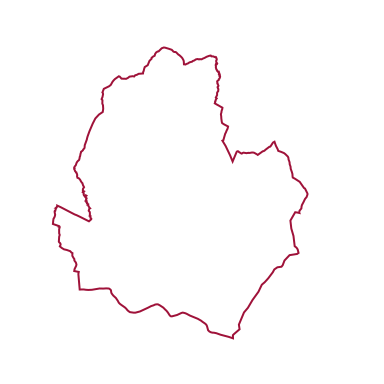 outline of Apata, Brasov, Romania, rotated 111°
{"feature_id": "2599482B72383256366849", "entity_name": "Apata", "entity_type": "district", "adm_level": 2, "iso_a3": "ROU", "parent_name": "Romania", "parent_adm1": "Brasov", "projection": "equal_earth", "projection_center": [25.479, 45.953], "detail": "fine", "context": "isolated", "style": "outline", "palette": "rose", "viewbox_px": 384, "rotation_deg": 111, "n_neighbors": 0, "source": "geoboundaries", "source_scale": "gbopen_adm2", "svg_char_len": 5946}
<svg xmlns="http://www.w3.org/2000/svg" viewBox="0 0 384 384"><g transform="rotate(111 192 192)"><path d="M323.3,261.9L321.8,258.2L321.3,256.0L320.6,253.7L319.1,250.3L315.2,243.7L314.0,240.3L312.7,237.5L312.0,235.3L311.9,234.7L312.4,233.0L312.9,232.4L314.5,231.5L315.1,231.1L315.8,230.2L316.9,228.4L318.2,225.1L320.3,222.1L321.5,220.8L322.2,219.4L322.7,217.7L323.8,213.3L324.5,211.6L325.4,210.1L326.0,208.6L326.4,206.9L325.6,203.4L325.0,201.7L322.2,197.8L315.9,191.7L313.1,189.2L311.6,187.3L310.3,186.1L309.5,184.7L309.1,183.6L309.3,181.6L310.2,177.4L311.5,174.6L311.9,173.5L313.1,171.4L314.8,169.1L315.4,168.1L315.6,167.1L315.3,166.2L312.2,161.9L308.7,158.5L307.9,157.4L307.6,155.3L307.6,153.5L308.1,149.7L308.3,141.1L308.9,137.3L309.4,135.8L310.0,133.2L310.4,131.9L311.0,130.8L311.9,129.9L315.3,127.4L316.0,125.8L316.2,124.2L316.0,122.5L315.5,121.1L315.1,118.6L315.0,114.1L314.1,105.9L313.9,101.3L311.0,102.5L309.6,101.9L303.1,98.4L299.0,100.7L285.8,100.3L280.1,98.3L271.1,96.8L261.3,94.2L253.5,93.6L250.2,91.8L245.3,89.9L238.0,87.8L234.8,87.4L231.7,85.3L229.7,81.7L227.9,81.1L222.8,81.1L216.0,78.3L212.2,71.7L210.7,70.7L207.7,72.8L206.5,74.5L205.8,76.7L196.7,81.5L190.5,86.2L183.4,89.9L173.9,88.4L173.4,86.2L173.1,84.2L172.6,84.6L170.9,84.9L168.2,84.0L166.4,84.5L164.8,84.7L161.7,84.3L158.0,84.0L155.6,83.2L152.9,83.3L152.0,83.7L148.3,87.7L148.1,88.9L143.9,95.1L142.7,100.7L142.4,103.1L141.4,103.7L139.2,104.7L137.6,105.9L134.9,108.2L133.0,109.1L131.0,110.8L129.8,111.3L128.6,112.1L127.2,113.4L125.5,114.3L124.6,115.2L123.2,118.4L122.7,120.0L122.6,123.0L122.7,126.2L121.2,127.5L118.9,130.1L117.1,131.7L115.5,133.0L116.8,134.1L121.0,135.0L121.8,135.4L122.1,136.0L126.3,138.6L127.2,139.0L128.1,139.7L128.7,140.6L133.8,143.9L133.6,144.6L133.2,147.3L133.1,148.4L133.6,150.1L134.7,151.9L135.2,152.9L135.2,153.4L136.2,155.0L136.8,158.0L137.4,158.7L138.1,159.1L138.4,159.6L137.8,162.7L137.5,163.2L137.5,163.8L137.9,164.4L138.6,164.7L149.0,165.0L144.2,169.5L137.0,177.1L133.2,182.0L132.5,181.3L125.5,181.9L124.5,181.7L122.2,181.7L120.7,181.5L119.1,181.6L117.9,181.8L117.4,186.1L116.9,188.5L115.9,189.3L112.8,191.0L111.0,191.8L109.0,192.9L106.9,193.1L106.0,193.4L103.6,193.5L102.4,193.8L101.1,202.5L99.2,202.6L99.0,202.9L98.1,202.7L97.5,202.9L96.7,202.7L96.4,202.8L95.8,202.5L95.3,203.6L92.5,203.3L90.5,204.1L89.7,204.1L88.6,203.7L88.2,203.7L87.7,204.0L86.6,204.2L86.3,204.4L85.9,205.0L85.4,205.2L85.0,205.7L84.5,205.7L84.0,205.4L83.3,205.4L82.7,206.0L82.2,206.4L82.0,206.8L81.6,206.9L81.3,207.4L80.9,207.4L79.9,208.1L79.3,208.1L77.9,207.2L77.1,207.4L76.3,207.0L74.7,207.0L74.2,207.3L74.1,207.5L73.9,207.3L73.1,207.8L73.0,208.1L72.6,208.3L72.8,208.6L72.8,208.8L72.7,208.9L72.4,208.7L72.3,209.1L72.2,209.1L71.7,208.8L71.5,209.0L71.3,209.1L71.1,209.6L70.8,209.7L70.8,210.0L70.1,210.2L70.2,210.5L70.4,210.8L70.0,211.3L70.0,211.8L69.3,212.3L69.2,212.7L68.8,213.0L68.5,213.5L67.9,213.8L67.4,214.3L66.5,214.5L65.2,215.3L64.6,215.3L64.3,215.1L64.2,214.8L63.9,214.6L63.7,214.7L63.8,215.5L63.6,215.5L63.2,215.2L62.8,214.8L62.5,215.2L62.4,215.6L61.7,216.1L60.6,216.5L59.6,216.3L58.8,216.7L57.6,217.8L57.9,218.2L57.6,218.9L57.9,219.3L57.8,220.3L57.8,221.0L58.4,222.3L58.4,222.5L57.9,223.2L57.9,223.5L58.3,223.9L58.5,224.5L60.5,226.8L62.3,228.3L63.7,229.8L64.6,230.5L64.8,230.9L65.1,232.1L65.5,232.6L65.5,233.0L65.8,233.4L65.8,234.3L66.7,235.8L68.5,237.1L69.4,238.2L70.5,238.8L70.7,239.2L71.9,240.8L73.6,242.0L74.5,243.2L74.9,243.4L75.4,243.9L75.5,244.3L75.4,244.9L75.6,245.3L73.4,246.3L72.2,247.0L70.5,249.0L69.8,250.3L68.8,252.8L68.6,254.0L67.3,256.8L67.2,257.6L67.6,258.6L67.6,259.6L66.7,261.4L66.5,261.9L66.6,265.0L66.9,268.9L67.2,270.1L68.7,271.8L72.7,273.6L73.2,274.5L74.6,275.5L76.4,275.9L78.2,275.7L79.4,276.8L81.2,277.8L82.1,277.5L84.8,278.7L89.5,278.8L92.3,280.9L94.2,280.8L96.4,280.5L97.5,280.6L98.9,280.2L100.8,284.2L102.3,285.4L103.4,286.9L104.9,287.4L105.1,288.8L106.7,291.7L108.3,292.6L109.9,294.0L111.4,298.3L111.4,298.5L110.2,300.8L110.2,301.8L114.3,304.5L116.0,305.2L117.6,305.7L121.1,306.2L123.0,307.3L127.3,311.3L131.2,311.3L131.5,310.7L132.5,310.1L135.5,309.6L137.7,309.7L138.4,308.5L141.6,307.4L142.9,306.2L146.2,304.7L149.3,304.0L153.0,306.6L158.0,308.6L163.8,309.2L172.1,309.5L177.6,309.4L179.6,309.2L180.7,309.0L186.7,308.9L189.1,308.2L189.9,308.2L191.3,308.8L192.2,308.8L193.5,309.5L194.0,309.9L194.4,310.0L194.9,309.8L196.1,309.8L198.7,309.3L199.6,309.4L200.6,309.1L202.4,308.9L203.2,309.2L203.6,309.5L204.9,310.0L206.2,310.2L208.9,310.1L209.7,310.5L211.3,310.8L211.7,310.6L211.9,310.1L212.7,310.3L213.9,309.0L214.3,308.8L214.7,308.0L215.2,307.5L215.2,306.9L215.9,306.5L216.4,305.8L217.6,305.1L218.1,305.1L218.6,304.9L219.8,304.0L219.7,302.7L220.6,300.9L221.6,299.8L222.7,298.3L223.0,297.5L224.7,296.2L226.2,294.5L227.9,294.9L229.0,294.7L230.0,294.3L230.1,293.1L231.4,293.8L231.8,292.7L233.3,292.2L234.0,291.5L233.8,290.6L233.1,290.1L233.3,289.2L234.9,289.9L235.5,288.8L235.5,288.3L235.7,288.1L236.8,288.3L237.6,287.6L238.5,288.1L238.6,287.7L238.6,286.9L238.8,286.8L239.1,287.1L239.4,287.0L239.7,286.0L240.4,285.9L240.6,284.6L241.4,284.7L241.3,284.2L242.3,283.6L243.3,282.2L243.8,281.3L244.4,281.9L246.5,281.7L247.4,280.2L249.4,279.3L251.0,279.0L250.9,278.1L252.4,277.7L252.9,276.5L253.6,276.3L256.3,277.7L255.3,287.7L255.0,291.4L255.0,293.6L253.2,309.4L253.0,312.9L253.4,312.7L253.9,312.7L254.1,312.9L254.6,312.8L255.3,313.2L255.2,312.9L256.5,313.1L258.7,312.9L258.9,313.3L259.7,313.2L262.3,311.6L263.6,311.4L265.1,311.4L266.6,311.7L268.4,311.3L271.7,310.4L271.5,304.0L272.2,304.0L272.2,302.9L274.4,302.7L275.9,302.1L278.2,301.2L279.5,300.1L281.3,300.0L286.1,298.5L286.6,297.9L286.8,297.2L287.3,296.4L287.7,296.1L288.3,295.8L290.1,295.9L290.9,293.6L291.4,291.0L291.0,288.2L290.9,284.5L291.7,282.9L291.9,281.7L293.9,281.1L294.7,280.6L296.3,278.6L296.8,277.8L297.9,277.4L298.6,276.6L299.4,275.2L301.1,273.9L302.4,273.7L306.1,274.0L308.0,273.6L307.2,269.1L309.3,268.7L323.3,261.9Z" fill="none" stroke="#9f1239" stroke-width="2"/></g></svg>